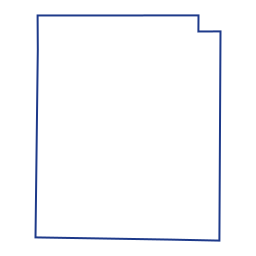 Jack, Texas, United States of America (Equal Earth projection)
{"feature_id": "52423323B71935080527637", "entity_name": "Jack", "entity_type": "district", "adm_level": 2, "iso_a3": "USA", "parent_name": "United States of America", "parent_adm1": "Texas", "projection": "equal_earth", "projection_center": [-98.116, 33.234], "detail": "fine", "context": "isolated", "style": "outline", "palette": "blue", "viewbox_px": 256, "rotation_deg": 0, "n_neighbors": 0, "source": "geoboundaries", "source_scale": "gbopen_adm2", "svg_char_len": 226}
<svg xmlns="http://www.w3.org/2000/svg" viewBox="0 0 256 256"><path d="M220.5,31.4L198.4,31.5L198.5,15.4L37.6,15.5L37.8,49.6L35.5,237.4L170.4,239.6L219.4,240.6L220.5,31.4Z" fill="none" stroke="#1e3a8a" stroke-width="2"/></svg>